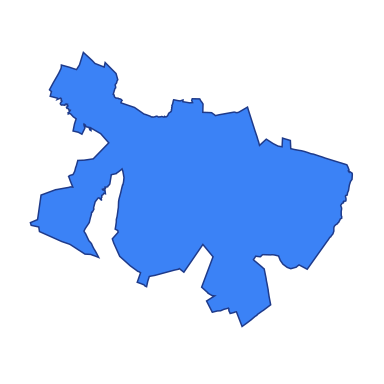 Jitotol, Chiapas, Mexico (Natural Earth projection), rotated 5°
{"feature_id": "50627088B7857917037309", "entity_name": "Jitotol", "entity_type": "district", "adm_level": 2, "iso_a3": "MEX", "parent_name": "Mexico", "parent_adm1": "Chiapas", "projection": "natural_earth1", "projection_center": [-92.885, 17.089], "detail": "fine", "context": "isolated", "style": "filled", "palette": "blue", "viewbox_px": 384, "rotation_deg": 5, "n_neighbors": 0, "source": "geoboundaries", "source_scale": "gbopen_adm2", "svg_char_len": 5891}
<svg xmlns="http://www.w3.org/2000/svg" viewBox="0 0 384 384"><g transform="rotate(5 192 192)"><path d="M345.2,182.7L345.6,182.0L346.7,181.7L347.0,180.3L346.9,179.5L347.8,176.8L348.0,173.4L348.2,171.2L349.0,167.7L350.3,165.5L350.2,160.8L349.9,159.3L347.3,157.9L346.9,158.6L345.8,157.3L346.5,156.3L345.1,153.4L343.9,151.4L321.7,146.6L318.4,145.7L315.6,145.1L309.8,143.7L307.2,143.5L303.8,142.6L300.3,141.8L297.1,141.3L295.1,141.2L289.9,140.7L286.6,140.2L286.4,138.7L285.5,132.1L281.7,131.3L281.0,131.2L277.5,130.4L277.8,139.1L273.8,138.8L268.6,136.7L261.4,132.9L255.2,139.7L254.0,136.3L253.1,134.3L251.9,131.2L249.6,126.0L241.2,105.9L239.9,102.6L231.7,108.4L230.5,108.9L229.4,109.1L228.6,109.0L227.7,108.7L226.7,108.8L212.6,112.6L208.6,113.9L207.8,113.2L205.4,111.8L204.7,111.3L203.6,111.3L201.4,111.4L195.8,111.7L195.3,103.4L194.1,101.8L192.7,100.3L191.6,98.6L184.1,99.1L183.7,100.8L184.8,102.9L182.0,103.4L175.8,102.9L175.0,102.8L175.0,101.1L172.5,102.2L172.3,102.3L170.1,102.2L165.7,101.7L165.6,101.9L165.4,102.9L165.1,105.6L165.0,105.9L164.8,106.7L164.4,107.6L164.7,108.9L164.4,109.5L164.6,111.0L164.3,111.7L164.5,112.5L164.2,113.5L163.9,113.6L163.7,114.2L162.5,114.9L161.6,116.4L161.5,117.1L160.7,118.6L159.9,119.3L159.2,119.5L158.1,119.1L158.0,119.7L157.1,119.8L156.0,119.5L155.1,119.4L154.3,119.8L153.0,120.0L152.4,120.3L151.5,120.0L150.8,119.6L149.7,119.6L148.8,120.2L147.8,120.5L147.0,120.7L146.6,120.9L145.8,120.6L145.1,120.8L143.7,120.1L139.3,118.9L137.3,118.5L127.4,112.8L113.5,109.4L113.4,109.1L113.9,107.5L114.4,106.9L113.8,106.3L113.1,105.8L111.7,105.4L111.0,105.5L110.3,105.0L109.2,105.0L108.1,105.1L107.8,104.8L107.2,104.5L106.7,104.2L106.2,103.4L106.0,102.2L105.0,101.6L106.2,95.6L106.9,94.9L106.7,93.7L106.5,93.2L106.4,92.7L106.1,92.2L106.3,91.4L107.2,90.3L107.2,90.0L107.4,89.6L107.4,89.3L107.5,89.0L107.5,88.5L107.9,87.2L108.3,86.7L106.0,80.6L94.2,70.6L93.6,75.2L84.1,72.4L81.2,69.8L71.6,62.4L68.8,75.3L66.3,80.1L62.6,79.3L59.0,78.4L50.8,76.9L50.9,79.2L50.7,80.5L49.1,84.8L48.0,87.3L44.3,95.2L41.1,102.6L42.5,103.7L43.2,104.1L42.4,109.0L49.5,110.2L50.1,110.5L49.6,111.6L52.1,110.3L52.3,110.3L53.0,109.9L53.8,110.8L53.8,111.0L53.6,111.2L53.7,112.4L53.8,112.6L54.0,112.6L54.5,112.8L53.1,115.2L53.4,116.1L54.3,116.8L55.1,116.6L57.1,116.6L57.8,116.7L57.9,116.0L58.2,115.6L58.7,115.5L58.9,115.3L59.1,115.6L59.4,115.8L59.6,115.8L60.3,115.5L60.3,116.6L60.8,116.7L60.9,117.1L60.8,117.5L60.3,117.5L60.0,118.2L59.6,118.6L60.2,119.6L60.9,119.5L61.3,119.8L61.5,119.9L62.3,120.8L62.4,121.3L63.2,121.2L63.6,121.2L63.5,121.5L63.1,122.0L62.9,122.5L62.6,123.0L61.6,124.0L61.9,124.2L62.0,124.5L62.0,125.0L62.7,124.6L63.0,124.5L64.1,124.6L67.4,127.6L68.1,127.9L70.2,129.2L69.0,134.5L68.2,141.6L73.6,142.4L77.3,144.0L79.7,137.8L78.4,134.2L78.5,133.7L79.3,134.2L79.7,134.5L80.1,134.9L80.5,135.9L80.8,136.3L81.9,136.3L82.5,136.5L83.3,136.5L83.8,136.8L84.8,139.0L86.0,139.6L85.9,138.7L85.4,136.9L95.9,141.8L104.8,150.3L90.7,167.6L81.8,169.7L75.5,170.5L74.4,176.4L74.0,177.5L73.4,181.4L72.8,183.0L71.9,185.0L69.0,186.1L67.7,187.2L68.2,188.1L69.7,191.4L72.8,197.5L70.5,197.5L68.7,198.2L63.8,199.5L57.6,201.2L55.9,201.6L41.9,208.2L40.7,230.7L40.5,233.0L39.3,233.6L33.7,236.6L34.7,239.2L42.4,240.2L43.5,244.7L66.6,252.7L73.9,254.5L75.2,254.9L90.8,263.2L96.5,263.0L98.5,263.6L101.0,264.2L104.7,265.3L102.2,261.3L100.5,258.8L99.2,257.1L97.7,254.7L96.4,252.3L95.3,251.1L93.5,249.5L89.6,242.8L88.2,241.1L87.8,240.3L88.9,237.6L92.3,231.4L93.0,226.6L93.7,223.1L93.7,221.2L93.8,220.8L94.5,220.7L95.8,217.5L95.3,216.6L95.7,214.1L96.4,210.2L98.9,206.3L99.8,205.9L102.8,208.3L102.1,206.8L102.2,205.6L102.6,205.2L102.4,203.3L102.5,203.1L103.5,202.5L104.2,201.0L105.9,201.3L105.1,197.5L104.5,198.2L103.7,197.5L103.2,197.8L103.1,197.7L102.6,197.1L105.4,196.0L104.9,194.8L106.9,194.4L107.7,194.0L107.8,193.3L108.9,192.1L109.4,191.2L110.1,181.8L115.1,180.2L115.1,179.9L115.8,179.3L116.8,178.5L119.4,176.1L120.3,175.1L121.3,177.3L123.0,183.6L122.9,188.2L122.5,190.9L122.2,191.0L121.6,194.8L121.3,197.0L121.1,198.6L119.9,205.4L119.7,208.0L119.9,212.1L120.0,213.7L119.8,216.8L119.8,217.8L119.5,222.9L119.0,226.0L119.2,228.6L119.0,232.5L118.7,235.7L121.4,236.8L121.9,238.6L116.7,245.6L118.5,249.7L125.6,262.4L136.9,270.9L143.7,275.0L144.3,275.4L145.0,275.8L146.1,276.0L147.8,276.9L145.3,286.7L149.5,287.8L151.3,288.4L151.9,288.4L153.5,289.8L155.0,290.3L155.7,284.8L156.8,279.9L158.2,279.4L162.3,278.3L181.4,271.3L185.3,270.1L186.0,269.4L190.9,272.6L207.4,243.3L218.6,254.7L209.9,286.0L216.7,291.1L216.7,291.4L220.9,293.4L223.6,293.5L216.0,299.3L222.7,310.0L227.6,308.3L230.9,307.8L234.0,306.1L238.0,304.7L238.4,304.5L238.8,304.9L238.9,305.7L239.1,306.9L239.3,307.5L239.6,307.8L240.6,309.7L244.3,308.4L245.4,307.8L246.7,307.5L253.6,321.6L258.7,317.2L262.6,313.6L265.8,310.3L267.4,309.2L267.7,308.4L272.5,304.3L273.5,303.6L273.9,303.2L280.2,297.5L279.2,294.0L277.9,289.4L277.2,286.5L276.7,284.5L276.4,282.9L274.7,276.7L273.9,274.1L273.6,272.8L273.3,271.5L270.6,262.3L269.5,261.6L268.5,260.8L261.4,255.8L260.3,255.1L259.1,254.1L261.1,250.4L263.1,250.5L265.6,250.6L266.1,250.3L266.6,249.5L267.8,248.3L268.5,248.2L275.8,247.8L277.2,247.5L277.9,247.5L279.2,247.5L280.6,247.7L283.8,248.2L285.9,252.4L288.9,256.0L293.4,258.8L297.1,259.8L302.4,257.8L303.7,256.4L303.9,256.3L305.0,255.3L313.5,258.9L330.9,229.3L331.9,227.7L333.1,225.4L333.5,224.9L334.0,224.7L334.6,223.5L336.0,221.5L336.2,220.8L336.3,220.1L336.6,219.2L336.7,218.4L336.4,215.3L336.7,214.0L336.9,213.5L337.4,212.9L337.9,212.2L339.6,211.0L339.7,210.7L339.9,210.2L340.7,209.5L341.0,208.8L341.0,208.5L341.5,207.7L341.7,207.1L342.1,205.9L343.4,205.1L343.3,203.5L342.7,202.3L342.4,199.2L342.3,197.9L342.5,196.8L342.5,195.4L342.3,194.6L342.1,194.0L341.7,193.5L341.3,192.4L342.4,190.4L342.8,190.0L343.8,189.6L343.9,189.1L343.6,188.5L343.9,188.0L345.7,187.7L346.0,187.5L346.1,186.5L346.0,185.3L345.2,182.7Z" fill="#3b82f6" stroke="#1e3a8a" stroke-width="1.5"/></g></svg>